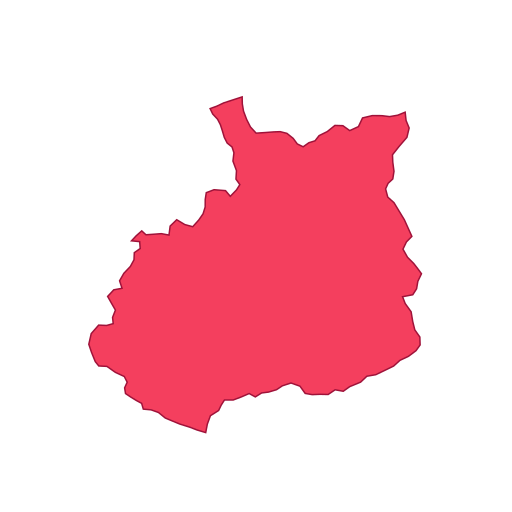 outline of Armazém, Santa Catarina, Brazil, rotated 252°
{"feature_id": "56859067B33750848824651", "entity_name": "Armazém", "entity_type": "district", "adm_level": 2, "iso_a3": "BRA", "parent_name": "Brazil", "parent_adm1": "Santa Catarina", "projection": "albers", "projection_center": [-49.004, -28.235], "detail": "fine", "context": "isolated", "style": "filled", "palette": "rose", "viewbox_px": 512, "rotation_deg": 252, "n_neighbors": 0, "source": "geoboundaries", "source_scale": "gbopen_adm2", "svg_char_len": 2111}
<svg xmlns="http://www.w3.org/2000/svg" viewBox="0 0 512 512"><g transform="rotate(252 256 256)"><path d="M410.4,257.9L404.4,258.7L398.0,261.7L391.9,262.7L385.6,262.7L378.6,262.5L372.3,263.5L367.1,266.9L361.0,266.9L353.4,263.4L343.2,263.8L335.3,260.7L328.9,262.7L324.9,257.9L320.7,250.0L327.6,247.2L332.0,236.6L331.6,228.3L325.5,225.2L318.3,222.8L312.5,218.7L308.0,212.8L303.4,204.9L307.9,198.0L315.0,191.8L311.0,183.6L302.8,179.7L306.5,172.9L308.6,164.3L310.2,157.9L315.2,155.1L312.2,148.2L308.9,142.3L305.6,149.8L298.9,148.2L296.8,141.3L290.1,138.8L284.9,133.3L280.4,125.0L274.6,118.6L266.7,118.6L267.8,110.3L263.4,102.4L255.0,104.1L248.0,105.6L241.9,100.6L235.8,99.3L236.1,92.5L238.9,85.0L233.1,75.3L223.7,69.7L215.2,69.8L205.2,70.5L200.0,72.5L197.1,80.1L188.8,86.3L182.1,93.5L175.8,94.5L171.2,90.3L165.5,89.4L160.3,93.5L155.5,97.6L151.2,101.7L145.2,101.5L142.1,108.7L137.3,114.9L130.0,119.6L125.5,124.8L119.7,131.6L113.6,140.2L108.8,146.1L103.6,153.6L111.2,157.8L118.2,163.3L120.6,172.7L124.9,176.8L128.8,181.5L126.1,189.8L126.5,198.4L127.3,207.0L122.2,211.8L124.0,219.0L122.7,225.9L122.5,234.2L124.4,241.0L124.4,250.0L118.6,257.6L110.1,260.3L106.8,266.6L104.7,274.1L102.0,281.8L104.3,289.9L100.4,297.2L102.8,304.8L103.7,316.5L107.4,324.3L106.1,333.2L107.4,342.9L108.8,352.9L112.3,360.7L113.5,370.1L116.5,378.9L120.7,384.6L128.3,386.8L136.7,384.2L145.2,384.8L155.0,386.3L164.7,383.2L172.0,382.8L170.7,393.1L175.2,398.6L181.9,402.1L188.0,407.9L194.0,405.9L200.1,403.7L208.0,399.7L217.1,397.9L222.9,403.4L226.5,410.3L244.6,408.3L264.1,403.7L271.3,399.5L279.8,400.0L284.3,404.1L287.0,409.9L293.9,413.4L303.0,415.1L310.1,417.1L315.9,425.8L322.2,436.2L330.4,441.2L338.5,440.6L346.7,442.3L346.1,434.4L347.3,426.1L350.6,419.0L353.6,410.0L354.4,400.0L347.4,393.4L346.3,383.9L353.1,378.9L355.8,371.4L352.3,362.2L351.0,353.2L347.3,347.7L347.4,341.3L345.3,334.6L349.8,329.9L356.4,327.7L363.1,323.3L366.8,317.4L368.6,311.0L370.7,302.4L372.8,294.1L380.4,290.6L388.7,289.3L397.6,288.9L404.9,290.0L411.6,292.0L411.6,283.1L411.6,272.7L410.6,264.8L410.4,257.9Z" fill="#f43f5e" stroke="#9f1239" stroke-width="1.5"/></g></svg>